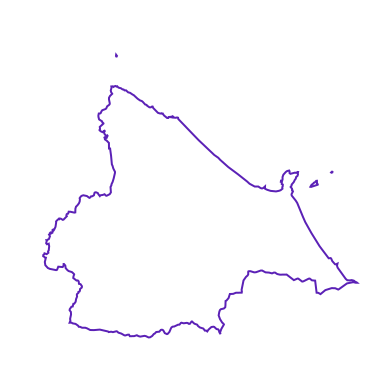 Ky Anh, Ha Tinh, Vietnam (Robinson projection), rotated 354°
{"feature_id": "81297802B12468750690576", "entity_name": "Ky Anh", "entity_type": "district", "adm_level": 2, "iso_a3": "VNM", "parent_name": "Vietnam", "parent_adm1": "Ha Tinh", "projection": "robinson", "projection_center": [106.198, 18.11], "detail": "fine", "context": "isolated", "style": "outline", "palette": "violet", "viewbox_px": 384, "rotation_deg": 354, "n_neighbors": 0, "source": "geoboundaries", "source_scale": "gbopen_adm2", "svg_char_len": 5984}
<svg xmlns="http://www.w3.org/2000/svg" viewBox="0 0 384 384"><g transform="rotate(354 192 192)"><path d="M38.3,246.2L38.5,249.5L40.7,252.5L42.6,253.6L48.7,255.5L49.7,255.2L51.2,252.3L55.4,253.1L56.0,252.7L56.7,251.2L56.8,250.2L57.1,250.2L58.3,251.9L58.4,254.5L59.8,256.5L61.0,257.7L64.2,259.1L65.9,261.0L66.2,261.6L65.3,263.5L64.9,265.1L67.9,268.0L69.1,268.0L69.7,268.6L70.0,269.4L70.0,271.5L71.5,272.0L72.7,274.2L72.4,275.5L70.5,276.8L70.2,278.5L69.7,279.2L68.6,279.5L68.5,280.4L66.9,281.6L66.7,282.3L66.8,283.9L65.5,286.4L64.8,289.0L63.2,290.8L62.3,290.8L61.4,293.4L60.1,293.5L58.2,295.7L57.9,296.8L59.0,298.6L58.9,301.2L57.5,305.5L57.6,307.2L56.6,309.2L58.5,309.3L59.4,310.1L62.4,311.0L64.7,313.0L65.3,314.2L66.6,314.4L68.5,315.5L71.6,315.8L73.3,316.6L76.3,318.6L80.0,319.1L85.9,319.2L92.9,321.6L94.0,322.0L94.5,322.6L97.0,322.5L98.7,323.1L102.3,322.6L103.0,322.9L104.1,324.2L106.9,325.4L109.8,327.5L110.8,327.7L113.0,327.2L114.4,327.3L115.1,328.9L119.3,329.3L122.2,328.7L123.6,329.7L125.4,330.4L129.8,330.1L131.2,330.6L133.6,332.1L135.2,332.1L137.4,331.0L139.2,329.2L140.0,329.0L141.8,327.5L144.9,327.5L146.6,325.9L147.4,325.8L148.3,326.0L149.0,326.7L150.2,329.5L152.2,330.7L152.9,330.6L154.9,328.8L156.8,325.4L157.5,324.5L158.7,323.9L160.3,323.9L164.3,322.5L165.7,322.6L167.2,321.1L167.8,320.9L170.0,321.7L173.2,321.6L174.2,321.9L174.8,322.7L176.0,322.9L178.0,320.8L178.4,320.7L180.6,323.2L183.3,324.5L183.9,325.8L185.6,327.5L189.0,329.0L190.3,331.2L191.4,331.2L192.6,332.3L194.0,330.6L197.2,328.3L199.2,328.2L200.0,328.5L202.1,330.9L203.6,331.3L204.1,332.0L204.6,334.5L205.5,336.4L205.2,334.7L206.9,331.2L209.9,327.1L209.5,326.2L208.4,325.1L206.6,321.4L205.6,317.5L206.6,314.1L207.4,312.4L208.4,311.6L211.5,311.2L213.0,310.1L213.4,308.3L214.0,303.9L215.0,303.5L217.3,301.3L219.0,297.4L222.3,297.6L225.1,296.8L230.9,297.3L231.2,296.3L231.1,294.5L234.0,285.3L236.9,282.0L238.5,280.9L239.3,279.8L239.5,277.6L239.7,276.9L240.4,276.7L241.9,276.9L245.4,278.4L247.1,278.5L252.2,277.3L253.5,277.4L256.7,279.6L260.2,280.2L263.1,281.3L265.0,280.7L266.1,280.8L268.2,282.5L270.8,283.4L277.5,284.0L284.1,290.3L287.9,289.1L288.7,289.3L292.2,292.6L293.4,292.5L299.0,290.4L300.0,290.4L302.1,292.4L305.2,293.0L305.4,305.2L307.1,305.5L309.1,307.0L314.4,303.5L320.9,302.2L324.4,302.7L327.2,304.3L328.0,304.0L336.6,299.1L342.9,298.5L345.5,299.4L346.7,299.5L346.2,299.0L345.6,299.0L345.2,298.4L344.5,298.2L344.1,297.4L343.5,297.0L341.6,296.3L339.6,296.4L337.2,296.0L335.8,294.5L328.9,282.4L328.5,280.5L329.2,278.4L327.5,279.0L326.7,278.8L324.3,275.4L323.4,272.6L322.9,272.2L321.0,272.2L313.3,259.4L306.5,245.4L301.5,233.8L299.8,228.5L295.5,213.9L294.2,211.3L290.9,206.1L290.7,205.2L290.8,204.5L292.4,202.1L292.1,201.7L292.2,201.0L291.7,200.8L291.8,199.1L290.6,197.3L291.7,196.1L291.9,195.0L294.3,192.7L295.5,190.7L296.6,189.6L297.1,188.0L298.5,187.1L299.2,185.7L299.2,184.5L299.6,183.2L299.1,183.1L297.5,183.9L296.5,183.5L291.8,184.2L291.0,183.4L291.2,181.6L290.9,180.8L288.8,181.1L287.5,181.8L284.7,184.3L283.6,186.6L283.4,188.8L282.9,190.1L281.7,190.0L281.4,191.2L282.4,191.5L282.1,193.5L283.1,194.1L282.8,195.8L282.3,196.6L282.3,198.2L280.3,199.5L278.7,199.9L275.6,200.2L270.3,199.1L267.1,197.7L265.1,196.5L264.9,196.2L265.2,194.1L263.3,195.5L262.0,195.8L260.7,195.3L258.5,193.5L254.9,193.1L250.1,189.8L247.9,187.3L239.5,179.1L230.7,171.0L223.5,163.1L221.7,160.7L218.1,157.6L204.0,141.1L200.0,136.0L186.0,118.0L185.9,116.7L184.9,116.3L183.7,116.5L180.4,115.9L180.4,115.2L180.9,114.9L180.7,114.7L180.1,115.2L179.4,114.9L178.8,115.4L178.3,115.0L176.6,115.0L176.2,115.9L175.0,115.8L172.1,112.9L171.1,110.9L170.5,111.1L169.8,110.5L169.1,110.7L168.2,110.5L166.4,109.7L162.2,104.4L161.8,102.9L161.3,102.8L159.9,103.5L158.5,103.3L156.3,101.4L155.9,100.6L154.6,100.1L152.4,97.1L151.6,96.3L149.9,95.5L147.6,93.5L144.1,89.5L143.1,88.9L140.8,86.9L138.9,86.2L137.0,84.0L135.5,83.9L134.7,82.9L133.6,82.7L132.2,81.4L129.8,80.5L128.6,79.0L127.9,79.3L127.1,78.6L125.5,78.8L125.0,79.3L124.0,78.6L122.8,78.6L122.9,79.8L121.8,82.6L122.0,84.2L122.9,86.0L120.5,87.9L119.3,89.6L119.1,91.2L119.5,95.2L119.2,96.2L118.5,96.8L116.6,97.9L115.5,99.8L114.8,100.4L111.3,101.3L110.4,102.3L109.4,104.0L108.8,104.3L107.5,104.2L106.9,106.0L106.8,107.5L107.2,110.1L110.0,112.4L110.1,113.5L111.0,114.2L111.1,114.7L107.1,117.6L107.1,120.0L106.5,120.6L106.5,121.0L108.0,122.4L109.5,123.2L110.6,122.1L111.4,121.9L111.6,122.3L110.7,123.3L111.1,125.2L112.5,127.4L113.6,126.8L113.9,127.3L112.7,129.3L110.8,128.5L110.6,128.8L111.0,129.2L110.9,130.6L112.6,132.1L114.5,134.5L114.0,140.1L115.1,140.2L115.1,141.0L115.3,147.4L115.2,156.2L115.7,157.6L116.2,160.4L117.5,163.8L117.4,164.9L115.5,170.4L114.1,173.7L112.8,175.8L112.5,177.0L111.5,178.5L111.3,183.9L109.9,185.6L106.7,186.8L105.9,186.5L104.8,185.1L102.9,185.6L100.5,185.7L99.9,186.4L98.7,184.5L98.2,183.2L96.6,182.3L95.7,182.2L95.0,182.6L94.1,185.0L92.4,185.8L91.1,185.8L90.2,186.8L89.3,187.1L87.0,185.0L83.6,183.9L82.1,184.2L81.0,184.8L79.6,186.4L79.8,187.4L79.3,189.7L78.4,191.4L76.6,193.3L75.1,194.5L74.3,196.4L73.8,200.1L72.8,200.2L68.9,198.9L67.3,198.7L66.6,200.5L65.5,200.7L65.0,201.1L64.6,202.2L65.0,203.0L61.4,206.0L60.6,206.2L58.7,204.8L57.9,204.6L57.3,205.1L56.9,204.6L54.3,206.5L53.7,207.2L53.7,208.2L52.6,212.4L51.0,215.0L50.2,214.7L49.3,215.3L49.9,216.2L48.9,217.0L49.1,217.3L48.9,217.9L47.7,218.1L47.0,217.5L46.3,218.1L46.3,218.5L46.8,218.8L45.4,219.4L46.1,221.1L44.9,223.6L44.5,224.0L43.4,224.3L43.0,224.8L42.2,224.7L42.4,225.5L41.6,227.7L42.3,228.8L43.1,228.6L43.7,229.0L44.1,228.7L44.3,231.0L43.4,235.1L42.6,236.0L42.8,237.4L41.0,238.6L38.9,237.6L38.5,238.5L37.5,239.1L37.3,240.3L38.5,241.2L38.9,241.9L39.8,242.1L38.3,246.2ZM310.9,199.4L317.8,197.9L317.9,197.5L317.2,196.6L317.4,193.9L316.7,193.9L315.0,195.4L314.2,195.5L313.2,196.5L311.7,197.3L310.3,199.2L310.9,199.4ZM131.2,49.4L131.6,48.8L130.9,47.6L130.6,48.8L130.8,49.3L131.2,49.4ZM333.6,187.2L333.8,186.7L333.4,186.4L332.4,187.1L332.7,187.4L333.6,187.2Z" fill="none" stroke="#5b21b6" stroke-width="2"/></g></svg>